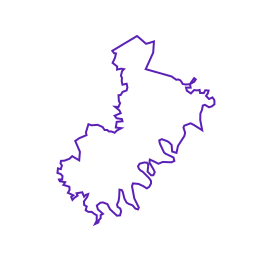 outline of Liberato Salzano, Rio Grande do Sul, Brazil, rotated 234°
{"feature_id": "56859067B3780228367855", "entity_name": "Liberato Salzano", "entity_type": "district", "adm_level": 2, "iso_a3": "BRA", "parent_name": "Brazil", "parent_adm1": "Rio Grande do Sul", "projection": "robinson", "projection_center": [-53.076, -27.548], "detail": "fine", "context": "isolated", "style": "outline", "palette": "violet", "viewbox_px": 256, "rotation_deg": 234, "n_neighbors": 0, "source": "geoboundaries", "source_scale": "gbopen_adm2", "svg_char_len": 2612}
<svg xmlns="http://www.w3.org/2000/svg" viewBox="0 0 256 256"><g transform="rotate(234 128 128)"><path d="M97.2,205.7L96.2,208.5L96.4,211.9L99.7,214.2L103.1,214.3L103.8,210.6L108.1,210.0L109.2,213.1L110.9,215.2L113.1,212.7L111.7,209.8L114.0,206.9L116.7,208.3L117.8,205.9L119.8,203.9L119.0,199.2L123.6,197.5L126.6,198.7L123.8,202.4L127.1,203.9L129.2,200.3L131.5,198.1L133.7,198.4L135.9,198.3L137.6,197.3L138.7,195.4L144.0,193.6L159.0,181.8L163.6,178.2L165.2,176.9L174.2,192.7L182.8,199.9L184.2,195.6L185.5,192.1L194.3,190.1L197.1,189.3L199.7,160.7L196.7,160.7L195.4,162.1L192.5,158.8L189.7,153.8L187.0,154.6L184.1,155.4L181.7,153.5L180.1,157.2L178.0,159.3L177.5,156.6L174.4,153.0L172.1,152.6L169.4,150.3L166.3,149.0L164.6,152.9L161.1,151.3L159.2,148.9L160.4,144.9L159.0,141.5L160.1,139.6L155.2,136.5L152.8,136.2L150.6,132.7L152.8,130.0L147.3,131.4L144.3,130.8L145.8,124.4L142.6,124.5L140.5,126.6L138.8,128.3L136.7,127.5L139.6,122.5L135.6,118.4L131.8,122.5L132.5,117.4L132.0,114.4L134.9,112.6L136.4,110.5L138.5,110.1L140.1,107.9L143.8,108.0L148.4,105.3L151.6,100.1L154.3,98.2L149.2,91.4L146.6,90.2L148.4,82.6L148.5,77.7L137.0,75.1L130.5,69.5L138.0,66.3L137.5,62.6L139.0,57.2L140.8,54.5L139.0,52.6L136.5,52.5L134.2,49.4L136.5,47.6L133.1,44.5L130.3,46.5L127.6,46.8L125.1,44.5L126.9,41.9L125.0,41.5L121.1,45.3L119.9,42.3L118.0,43.8L114.9,46.0L112.3,44.4L110.9,41.3L105.7,44.2L105.6,41.5L102.5,40.8L103.1,44.0L102.9,47.5L105.4,48.0L102.9,53.2L98.3,52.1L98.7,54.5L98.0,56.9L96.3,54.7L94.4,49.1L91.5,47.3L88.8,48.5L86.4,45.4L83.5,46.6L81.4,49.4L78.7,50.1L75.7,51.4L71.3,48.1L69.7,44.9L69.0,48.5L70.6,50.2L71.1,52.9L73.6,54.7L73.3,57.3L79.8,55.8L83.6,57.2L83.8,61.7L82.5,64.0L78.5,66.6L72.8,65.7L63.6,67.5L62.0,70.2L64.6,73.4L67.4,74.4L70.4,73.2L72.6,74.2L74.4,77.4L77.5,80.4L83.1,84.9L81.5,86.4L79.4,86.2L73.0,83.6L68.5,83.0L66.1,84.0L62.9,86.2L58.4,86.6L56.3,88.2L57.3,90.0L60.2,90.5L67.3,91.7L78.5,97.0L80.3,99.4L76.5,103.7L71.9,106.2L68.1,107.7L67.9,110.5L69.5,113.9L71.7,115.5L75.1,115.6L84.0,114.2L86.4,113.1L88.7,112.9L91.1,113.6L92.3,116.4L90.5,121.0L88.8,122.9L86.4,122.9L81.2,118.2L76.2,118.9L74.9,120.7L76.5,123.7L79.6,124.3L87.5,125.1L89.6,127.1L86.0,129.2L81.2,131.6L80.1,136.2L74.7,143.0L74.1,146.1L77.4,147.5L85.0,143.3L87.1,142.8L96.7,144.6L99.6,146.0L99.1,148.8L93.9,152.2L91.7,152.9L88.6,153.3L83.0,149.9L79.4,152.6L84.2,158.0L85.0,160.2L88.4,168.9L90.7,171.5L95.7,173.1L96.8,174.9L95.0,181.4L91.9,183.0L82.6,186.7L92.1,191.2L97.1,195.0L99.1,198.4L102.2,201.7L101.5,203.9L97.2,205.7ZM127.1,203.9L126.5,208.8L127.5,211.4L129.5,210.8L127.1,203.9Z" fill="none" stroke="#5b21b6" stroke-width="2"/></g></svg>